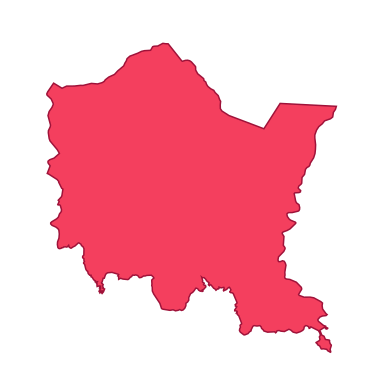 the district of Lumiere, Dennery, Saint Lucia, rotated 96°
{"feature_id": "8701671B42420673442147", "entity_name": "Lumiere", "entity_type": "district", "adm_level": 2, "iso_a3": "LCA", "parent_name": "Saint Lucia", "parent_adm1": "Dennery", "projection": "natural_earth1", "projection_center": [-60.885, 13.94], "detail": "fine", "context": "isolated", "style": "filled", "palette": "rose", "viewbox_px": 384, "rotation_deg": 96, "n_neighbors": 0, "source": "geoboundaries", "source_scale": "gbopen_adm2", "svg_char_len": 5952}
<svg xmlns="http://www.w3.org/2000/svg" viewBox="0 0 384 384"><g transform="rotate(96 192 192)"><path d="M47.1,231.2L47.3,233.7L47.2,236.5L50.4,241.3L51.0,245.0L51.6,246.3L55.4,248.0L56.4,254.0L57.4,256.9L59.6,260.4L63.4,268.0L66.1,270.5L68.6,271.1L70.8,272.2L73.7,273.1L79.3,278.5L83.2,281.4L86.4,286.8L89.5,290.0L91.1,290.8L92.6,292.7L94.4,297.2L94.5,303.4L97.4,311.5L97.6,314.1L98.9,319.9L99.8,327.8L102.4,332.1L98.2,341.0L107.5,346.0L109.7,346.7L110.9,346.2L114.2,341.8L118.1,339.5L119.2,339.1L122.5,340.1L126.9,342.5L131.1,343.2L140.2,339.7L142.0,339.8L145.9,341.2L148.1,341.1L153.9,339.6L156.1,338.5L164.0,330.4L167.5,327.9L172.7,332.7L174.8,336.9L176.4,338.4L177.4,338.4L178.4,338.0L180.8,335.8L188.7,337.9L189.1,336.6L193.7,327.4L195.5,325.6L196.2,325.6L201.9,322.0L202.6,320.7L209.0,321.0L210.3,321.3L214.2,324.2L215.4,323.1L218.5,324.2L218.9,323.8L218.6,322.5L219.1,321.6L223.0,320.0L225.0,319.9L227.7,321.5L231.0,322.3L232.8,323.8L236.3,328.4L237.4,329.3L238.5,329.2L239.8,327.7L241.1,323.7L242.5,321.5L243.9,320.4L247.6,319.6L251.8,319.5L255.7,320.5L258.3,320.4L261.2,319.6L262.0,318.8L262.2,317.8L261.7,316.3L261.1,315.8L260.9,314.6L260.2,314.1L259.7,312.2L259.9,311.2L259.6,310.3L257.9,309.1L259.7,308.4L260.5,306.8L260.5,306.3L258.8,304.2L257.9,302.7L254.6,299.8L254.4,299.2L255.6,296.9L256.9,296.3L257.7,294.8L259.7,293.5L266.0,293.0L267.3,294.0L268.2,294.0L268.9,293.8L269.5,292.6L271.8,292.2L272.3,291.7L273.6,292.4L274.3,292.3L275.2,291.2L279.7,289.6L281.3,288.5L281.7,287.5L284.0,286.7L285.5,284.9L285.4,283.6L286.8,283.6L287.3,282.3L289.6,280.6L290.5,278.8L291.3,279.0L291.7,278.7L291.2,276.8L292.7,277.5L293.4,276.7L293.9,276.9L295.9,276.5L295.1,274.5L295.1,273.9L296.7,273.9L295.7,273.0L297.9,272.8L298.2,273.2L300.5,274.1L300.8,273.9L300.9,273.3L301.4,273.2L299.9,272.3L299.8,270.9L301.7,271.8L301.7,271.3L302.3,270.8L300.5,269.6L297.6,268.8L297.4,269.6L296.6,270.1L296.8,270.5L294.3,271.0L293.5,270.6L292.4,271.7L292.3,272.2L291.5,272.5L290.9,272.0L287.0,271.3L286.9,270.2L283.7,269.5L282.4,268.9L281.2,267.6L280.3,263.2L281.5,256.9L281.8,256.3L283.2,257.1L283.6,256.2L286.5,255.8L285.3,254.0L285.8,251.7L285.8,246.6L285.0,245.6L283.3,244.5L282.5,243.3L280.9,242.4L280.8,240.3L280.3,239.4L280.7,237.3L282.6,235.5L282.7,235.0L282.2,233.4L280.5,231.3L280.5,230.0L279.7,228.3L279.0,223.7L280.6,221.6L281.5,220.9L283.5,222.7L284.2,222.8L287.8,222.2L289.1,222.3L290.8,221.6L294.6,221.1L297.5,219.4L306.1,212.3L311.1,210.1L311.6,208.7L312.0,201.5L311.1,198.5L311.9,196.0L311.1,193.4L310.2,191.9L310.9,190.1L310.3,188.6L308.5,187.1L305.8,186.2L303.3,186.4L301.9,184.9L299.9,183.9L297.4,184.2L293.3,182.8L291.7,180.8L289.7,179.4L287.4,178.3L287.2,178.0L287.4,176.8L287.9,175.9L288.9,175.2L289.8,173.4L289.4,172.3L289.9,171.6L289.5,170.8L289.3,170.7L288.7,171.7L288.4,171.6L287.6,170.2L284.9,168.3L283.5,168.8L283.5,170.0L282.7,170.8L281.8,170.3L281.0,170.7L280.7,171.8L280.2,172.2L279.0,172.1L275.6,173.5L276.2,172.6L275.9,171.0L277.6,169.0L278.7,168.3L280.6,165.5L282.2,166.0L282.7,165.8L283.3,164.8L282.2,164.2L282.4,163.4L285.5,160.3L285.8,159.3L287.2,157.9L285.6,156.4L285.7,155.7L285.2,155.1L283.8,155.2L284.3,153.0L283.5,150.4L284.3,149.9L286.4,150.5L287.0,150.2L285.3,147.4L283.4,145.9L282.8,145.0L283.1,144.6L285.1,143.1L286.2,143.3L287.0,144.0L287.6,143.9L288.1,142.8L288.0,141.8L288.2,141.1L288.8,140.3L296.8,135.9L297.6,135.6L299.7,137.3L300.2,136.8L300.9,136.9L301.5,135.5L304.8,137.2L305.7,137.1L305.6,136.0L306.0,134.7L307.6,135.1L307.3,134.5L309.0,134.2L310.3,132.5L316.8,129.2L318.0,128.9L319.5,130.3L321.4,129.7L323.3,130.3L324.9,130.3L326.3,129.3L328.6,125.6L328.6,124.6L327.0,121.5L325.1,120.2L323.9,118.7L323.0,118.8L319.4,117.5L318.6,116.8L318.4,116.1L318.5,113.4L317.8,110.6L318.7,109.3L320.4,108.5L321.6,106.8L322.7,106.0L323.5,102.3L322.4,95.2L323.3,94.1L322.5,93.4L321.6,93.3L320.9,92.2L320.7,90.8L321.1,89.1L321.1,85.5L318.4,81.3L318.9,79.5L320.8,76.8L321.3,73.3L319.6,69.6L318.0,67.4L316.7,66.5L314.5,66.3L313.8,65.8L313.0,65.0L313.0,63.9L313.7,62.1L315.4,61.2L315.1,60.5L314.0,60.2L313.7,59.7L316.6,51.9L318.6,50.3L320.1,49.7L321.3,49.5L322.8,50.2L325.2,49.3L326.5,49.9L328.7,52.9L329.1,52.7L329.9,51.5L330.8,51.1L331.8,48.9L334.5,47.1L334.6,46.6L334.2,45.1L334.4,41.5L335.6,40.6L336.9,37.7L336.5,37.3L334.0,38.2L330.1,37.4L329.5,37.6L328.4,38.8L326.0,39.7L325.4,39.6L324.9,40.1L324.7,43.9L321.7,45.6L320.7,48.0L317.4,49.7L316.7,50.7L316.1,50.3L312.8,46.2L313.4,45.0L313.9,44.9L314.2,44.2L314.2,43.6L313.6,42.8L313.2,42.8L312.9,43.5L312.8,44.5L311.5,45.0L311.0,47.2L307.5,52.6L306.6,53.3L305.8,53.5L305.2,53.2L303.0,51.7L301.7,49.3L300.9,45.8L299.8,44.8L298.9,46.1L294.7,49.9L291.4,50.7L288.8,50.6L287.5,52.5L284.5,59.8L284.2,63.6L284.9,69.5L283.6,74.6L282.7,75.3L277.4,72.8L276.3,72.9L275.3,73.4L270.8,78.8L268.7,85.6L268.7,89.1L268.0,90.5L266.8,91.0L264.9,90.8L262.1,91.3L255.0,90.9L253.1,91.7L251.3,93.0L250.9,94.8L252.0,96.9L252.2,98.4L252.0,98.8L250.6,99.4L247.5,99.2L241.5,94.5L238.7,93.5L237.5,93.8L235.5,95.6L226.6,95.9L224.0,97.9L223.0,97.9L222.1,97.0L220.3,93.3L218.4,90.6L212.4,85.6L211.6,85.6L211.2,86.0L209.7,91.0L208.7,92.6L206.5,94.5L204.7,95.2L203.5,95.2L202.4,93.8L202.0,90.2L200.0,84.5L199.4,83.7L198.1,83.2L196.1,83.3L193.4,84.3L192.0,86.8L190.4,87.9L182.9,90.2L182.1,89.6L181.4,85.5L180.6,84.2L179.2,84.1L177.3,86.6L176.7,86.8L175.0,86.4L172.9,84.4L171.8,83.8L166.0,84.1L162.7,81.9L157.6,81.5L155.7,80.3L154.4,78.4L152.9,77.6L151.0,77.4L145.3,74.6L140.9,73.7L136.6,73.7L132.1,74.0L125.4,75.5L122.4,75.8L117.4,74.6L113.7,72.7L110.5,69.5L107.4,67.6L104.7,61.9L102.7,59.9L98.0,59.7L94.9,58.0L91.7,57.4L94.7,113.6L121.6,127.1L112.1,163.2L108.4,170.6L106.2,172.5L102.5,173.0L98.8,173.0L97.4,174.1L93.4,176.0L90.7,179.4L88.6,181.0L87.4,184.1L85.4,187.2L83.4,188.8L81.2,189.8L79.9,191.8L78.3,192.1L77.8,192.6L73.8,198.7L70.3,201.1L67.1,201.5L66.3,202.2L62.7,206.2L61.7,208.0L61.4,210.2L61.8,212.4L63.0,215.2L62.6,216.0L47.1,231.2Z" fill="#f43f5e" stroke="#9f1239" stroke-width="1.5"/></g></svg>